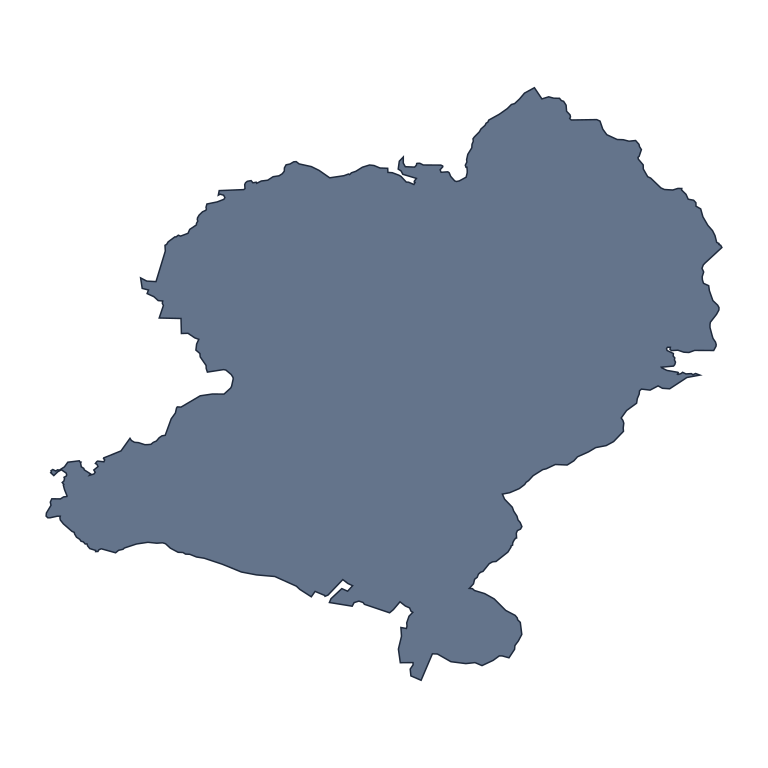 the district of Creaca, Salaj, Romania
{"feature_id": "2599482B65302894831866", "entity_name": "Creaca", "entity_type": "district", "adm_level": 2, "iso_a3": "ROU", "parent_name": "Romania", "parent_adm1": "Salaj", "projection": "robinson", "projection_center": [23.215, 47.191], "detail": "fine", "context": "isolated", "style": "filled", "palette": "slate", "viewbox_px": 768, "rotation_deg": 0, "n_neighbors": 0, "source": "geoboundaries", "source_scale": "gbopen_adm2", "svg_char_len": 6055}
<svg xmlns="http://www.w3.org/2000/svg" viewBox="0 0 768 768"><path d="M410.9,675.9L421.1,680.3L432.4,653.8L437.4,654.0L450.9,661.7L465.8,663.6L475.0,662.6L482.0,665.6L493.1,660.4L499.3,655.9L502.1,655.9L509.0,657.8L514.6,649.3L514.9,645.6L518.4,640.9L521.8,634.4L520.3,622.4L517.6,619.7L517.3,618.0L515.2,615.4L505.7,610.4L494.2,598.9L484.7,593.6L474.5,590.5L472.4,588.6L469.3,588.4L473.5,583.8L474.6,579.3L477.2,577.3L478.4,574.2L480.5,572.3L483.0,571.4L489.2,563.7L492.6,561.8L496.0,561.5L507.9,552.1L511.0,547.1L511.0,546.1L512.6,545.1L512.7,542.9L514.0,540.3L515.6,538.2L516.6,538.0L516.3,533.2L517.4,530.6L520.5,529.1L521.9,526.6L520.2,522.5L518.0,519.9L517.0,516.2L513.7,511.1L512.3,507.2L504.6,499.2L502.4,494.1L509.7,492.7L519.3,488.6L524.7,484.5L526.1,482.3L528.5,480.7L533.1,475.7L542.8,469.6L546.2,468.8L555.3,464.5L567.2,465.0L573.9,460.8L577.5,456.8L588.5,451.9L595.7,447.6L606.2,445.6L613.6,441.6L623.5,431.3L623.2,428.1L623.8,423.2L622.9,420.4L621.2,418.0L626.6,410.5L636.6,403.2L637.3,398.6L639.2,394.1L639.5,390.9L641.4,389.1L650.1,390.1L658.1,385.9L662.4,388.3L669.7,388.8L686.9,377.5L699.9,375.1L695.6,373.5L692.9,374.7L691.4,373.6L685.9,373.9L682.6,372.3L681.1,373.5L678.0,374.5L677.4,374.2L678.3,372.7L677.9,372.3L666.9,370.4L661.7,367.8L661.3,367.2L673.5,366.1L674.8,364.6L675.5,362.1L674.4,359.9L674.8,357.9L673.2,356.1L673.4,353.5L667.1,350.5L666.5,348.7L667.4,347.3L670.4,347.3L670.0,349.4L671.4,350.6L677.9,350.2L683.8,352.2L688.9,352.5L694.6,350.4L713.7,350.5L716.0,346.3L716.2,344.6L715.5,342.1L713.0,338.4L712.2,335.8L710.0,327.5L710.0,324.4L710.4,322.2L716.5,314.4L718.9,310.0L719.0,307.6L717.7,305.2L712.9,300.6L709.4,290.7L708.7,285.7L703.5,283.3L702.4,279.8L702.2,276.7L703.7,272.0L702.0,268.3L703.3,264.9L705.1,263.0L721.9,247.5L720.7,245.3L718.9,244.4L719.0,243.5L716.7,242.4L715.0,235.6L712.5,230.6L707.9,225.4L702.9,216.8L700.7,208.9L696.0,206.2L695.9,202.7L693.6,200.2L688.2,199.2L686.0,194.3L681.6,190.0L681.8,188.5L677.9,188.4L672.8,190.0L664.4,189.5L660.9,187.9L650.7,178.1L647.7,176.7L643.3,169.0L643.2,164.9L638.3,159.1L638.0,157.3L639.1,156.4L641.4,149.6L639.5,146.6L639.0,144.4L635.6,140.5L629.0,141.2L623.2,139.7L617.2,139.5L606.8,134.7L602.8,129.2L600.0,121.1L596.7,119.6L571.3,120.0L569.7,118.5L570.5,116.9L570.0,114.8L566.6,111.3L566.1,105.2L563.6,101.3L561.4,100.6L559.5,98.3L553.8,98.2L548.7,96.8L541.9,98.9L534.4,87.7L524.5,93.1L519.6,98.9L514.6,103.6L511.4,104.5L507.3,108.6L499.2,114.3L488.7,120.1L487.9,122.1L486.1,123.2L485.0,125.4L481.0,128.9L479.4,131.8L474.3,137.0L473.0,138.8L473.3,141.2L472.0,144.3L471.8,147.8L467.8,154.3L466.6,159.7L466.9,162.0L465.3,165.2L466.0,167.3L466.9,167.2L467.2,170.3L467.2,172.8L466.1,177.2L459.3,180.9L456.4,181.5L454.7,180.9L450.7,176.4L449.2,172.8L447.8,171.8L441.1,172.3L440.1,169.8L442.8,166.8L442.7,166.0L440.9,165.1L423.3,165.0L419.9,163.3L417.6,163.3L416.7,163.5L416.4,165.2L414.6,167.1L405.3,166.7L403.3,163.1L403.3,157.0L399.3,161.2L398.2,169.1L401.1,171.0L402.8,174.3L416.4,178.4L414.3,181.2L414.2,182.0L415.1,182.4L413.9,184.5L408.6,182.2L406.3,182.1L401.0,176.4L398.9,175.2L392.3,172.7L387.9,172.4L387.7,168.3L380.0,168.0L374.0,165.5L369.5,165.0L362.4,167.2L355.8,171.3L351.4,172.8L349.6,174.6L348.5,174.0L343.9,175.7L329.7,177.8L319.1,170.4L311.4,166.6L299.1,163.9L296.2,161.6L293.7,161.8L290.0,164.0L286.1,164.8L284.4,167.9L284.3,171.2L282.2,173.8L279.0,175.8L273.1,176.7L267.7,180.2L261.3,181.0L256.7,183.3L256.2,182.2L252.9,182.8L251.1,180.6L247.3,181.3L245.5,182.8L244.7,184.6L245.0,188.6L243.8,189.6L219.2,190.6L218.3,195.2L220.1,194.2L223.6,195.2L224.9,197.6L223.9,199.3L217.2,201.9L206.9,204.0L206.0,207.3L206.4,209.1L205.8,210.3L202.5,211.8L199.1,215.1L197.5,217.9L197.3,219.7L197.8,221.1L196.5,223.3L196.4,224.9L189.7,229.4L188.0,233.3L180.6,236.1L178.3,235.2L176.1,236.9L174.8,236.9L168.2,241.8L166.6,244.4L165.0,245.3L165.3,251.1L156.0,281.6L146.8,281.1L140.6,277.9L142.2,288.4L148.5,290.0L147.1,293.6L153.9,296.7L158.2,300.6L162.7,301.0L162.3,303.3L163.4,305.5L159.2,318.0L181.0,318.5L181.4,333.5L188.0,333.3L194.8,337.9L198.8,339.3L196.6,344.1L195.9,350.1L199.9,353.5L200.2,356.9L206.1,365.5L206.2,368.5L207.4,372.1L223.5,369.6L225.8,370.0L231.2,374.5L233.0,377.4L233.2,378.9L231.6,386.2L230.7,388.0L224.0,394.1L212.4,394.0L200.2,395.8L181.0,407.1L177.3,406.9L176.5,408.1L175.4,413.0L171.2,418.8L165.2,435.3L162.0,435.8L159.2,437.7L156.4,441.0L153.2,442.4L151.0,444.3L147.9,444.6L144.9,444.7L138.4,442.6L134.5,442.3L131.4,440.5L130.0,438.3L121.0,450.9L103.7,457.9L103.5,458.5L104.7,459.9L103.9,461.8L97.6,461.1L96.7,461.7L95.4,463.5L97.0,464.4L98.0,466.6L93.8,470.0L95.2,472.3L93.9,474.0L89.5,475.3L90.6,473.9L84.3,469.9L83.8,468.4L81.3,466.8L80.6,463.0L81.0,462.2L80.1,462.1L79.3,460.8L67.8,462.2L64.4,466.9L59.4,470.1L57.6,469.8L55.7,471.0L52.8,469.5L51.0,470.7L51.4,472.0L50.7,472.7L53.8,475.6L57.9,471.7L61.4,469.8L66.2,473.1L66.7,475.0L66.2,476.1L64.0,477.3L64.5,478.7L63.9,481.0L62.2,482.5L63.8,484.4L63.3,485.0L64.5,489.6L67.0,495.8L66.9,496.5L63.6,496.9L60.4,498.9L51.8,498.8L50.3,502.1L51.0,505.3L46.4,513.0L46.1,516.1L47.8,517.8L50.0,517.8L57.3,516.2L60.3,516.2L59.9,517.8L60.3,520.0L63.4,523.9L72.0,531.4L74.3,532.4L74.5,533.8L76.5,537.2L79.7,539.3L81.0,541.2L83.4,541.9L85.2,544.0L87.0,543.9L87.6,545.9L89.8,548.6L95.6,550.4L95.6,551.6L97.9,551.5L99.0,549.7L101.3,548.8L115.6,552.8L118.6,550.3L123.0,549.3L124.4,548.0L136.5,544.0L147.9,542.3L156.8,543.2L162.6,542.8L165.5,543.7L170.4,548.2L178.1,552.3L183.0,552.5L185.5,554.1L189.8,554.3L196.5,557.0L204.1,558.2L222.2,564.2L241.3,572.0L256.5,574.9L274.8,576.5L296.4,586.2L299.8,589.4L311.3,596.8L315.1,591.4L324.6,595.4L325.0,596.3L328.0,595.1L342.8,579.6L347.9,583.5L352.6,585.7L347.6,591.2L341.8,588.6L331.0,598.7L329.4,602.5L352.2,606.2L354.1,602.6L358.9,601.1L363.1,602.5L364.4,604.3L389.6,612.8L393.4,609.6L400.0,601.8L405.3,606.0L409.6,607.9L411.0,611.2L412.8,612.3L409.0,616.2L406.7,622.9L407.0,626.1L406.4,628.5L400.9,627.5L401.5,636.2L398.4,649.1L400.3,662.7L413.0,662.6L413.1,664.8L410.2,669.1L410.9,675.9Z" fill="#64748b" stroke="#1e293b" stroke-width="1.5"/></svg>